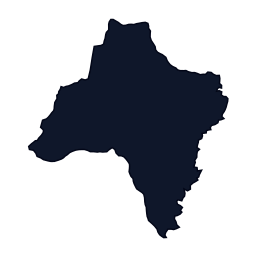 outline of Votuporanga, São Paulo, Brazil, rotated 273°
{"feature_id": "56859067B13648095605240", "entity_name": "Votuporanga", "entity_type": "district", "adm_level": 2, "iso_a3": "BRA", "parent_name": "Brazil", "parent_adm1": "São Paulo", "projection": "mercator", "projection_center": [-50.002, -20.446], "detail": "fine", "context": "isolated", "style": "filled", "palette": "ink", "viewbox_px": 256, "rotation_deg": 273, "n_neighbors": 0, "source": "geoboundaries", "source_scale": "gbopen_adm2", "svg_char_len": 3027}
<svg xmlns="http://www.w3.org/2000/svg" viewBox="0 0 256 256"><g transform="rotate(273 128 128)"><path d="M124.1,40.7L121.7,43.6L119.3,43.7L116.3,42.0L113.1,39.3L110.8,38.2L110.4,36.1L108.7,34.3L107.2,32.5L104.4,29.8L101.4,30.7L100.8,34.8L97.9,37.4L94.9,38.7L93.6,42.5L92.0,45.2L91.0,50.0L90.6,52.9L90.9,56.3L92.2,59.9L93.6,63.2L94.9,65.1L96.7,66.7L98.2,68.8L100.4,71.0L101.8,73.6L103.2,76.9L103.9,80.1L104.2,83.2L104.3,85.6L103.5,89.0L102.4,91.6L102.6,94.7L102.4,98.7L102.9,101.1L102.7,103.9L103.2,108.1L104.9,109.7L107.6,113.2L105.9,116.0L102.3,117.5L99.8,120.3L100.0,122.6L99.1,125.3L97.3,127.3L94.8,129.5L92.3,131.3L90.1,131.6L87.4,131.6L84.4,131.4L82.1,132.4L79.8,133.6L77.8,135.7L75.2,136.1L72.8,137.0L69.7,138.7L67.7,139.9L65.6,143.3L64.3,145.5L62.7,147.2L59.4,148.2L55.1,148.7L52.3,149.3L50.0,150.4L46.4,150.8L43.8,151.2L40.7,151.8L38.7,152.7L36.7,153.4L33.6,157.3L31.5,159.7L28.6,162.3L25.6,163.4L23.1,165.2L21.7,167.2L20.4,169.4L20.7,171.9L22.9,170.4L25.7,171.1L29.1,173.2L29.3,176.5L29.0,178.9L30.0,181.5L31.6,184.4L33.8,181.8L37.1,180.7L39.5,179.1L42.5,179.3L43.2,181.8L44.8,184.6L46.8,186.2L48.5,184.6L51.5,186.5L53.2,184.3L54.4,181.4L57.2,180.4L58.9,181.6L58.1,185.5L61.1,186.6L62.8,188.0L65.7,188.3L70.1,187.1L68.4,190.7L70.2,193.5L74.0,193.2L76.4,195.6L78.3,198.6L79.7,200.5L81.5,199.3L82.9,201.2L85.0,201.6L87.0,202.5L89.7,203.7L88.8,199.6L92.1,199.0L92.4,195.9L94.9,196.3L97.1,197.0L99.2,196.3L102.4,198.2L105.4,198.1L108.3,198.4L110.5,200.5L112.1,197.9L114.9,198.3L117.2,198.9L119.6,199.0L121.3,202.1L124.0,202.8L126.5,202.2L127.2,206.3L129.4,206.4L130.3,208.6L130.7,210.8L132.6,210.1L134.9,211.2L136.0,214.6L138.0,217.5L140.6,218.0L141.1,220.4L142.4,223.3L144.4,221.1L147.0,221.6L149.2,223.0L151.1,223.9L154.1,224.9L157.2,225.5L159.7,226.1L162.5,226.2L164.5,224.2L164.4,221.9L165.9,219.4L169.0,219.7L170.0,217.1L169.4,214.6L171.8,215.2L173.3,216.6L172.8,219.3L175.5,219.2L177.3,217.0L179.5,217.1L182.3,217.1L185.3,216.4L185.0,213.4L186.0,210.6L187.8,208.2L188.0,204.8L185.6,202.6L185.6,200.3L185.0,197.3L186.1,194.3L186.8,191.7L186.6,188.8L187.3,185.4L188.4,182.8L188.1,180.4L188.0,176.8L188.7,174.4L190.4,172.7L191.7,169.4L193.5,166.6L195.5,164.9L197.2,163.6L200.5,162.1L203.1,158.3L203.9,156.2L205.2,153.5L207.4,151.5L210.7,150.8L213.2,149.1L216.6,146.6L220.0,145.3L223.2,145.2L226.0,145.3L228.7,143.3L230.9,143.2L233.5,142.4L234.4,139.7L233.9,136.6L233.1,133.4L232.6,131.1L231.6,128.5L231.7,126.2L231.5,123.4L230.4,120.3L230.1,117.6L231.1,115.3L232.9,112.8L234.4,109.8L235.6,107.5L235.5,105.2L232.9,103.7L230.6,103.3L227.5,103.5L224.9,103.6L222.4,101.5L220.3,100.9L216.3,100.5L213.5,99.7L210.5,99.3L209.0,96.8L207.7,90.0L196.4,88.6L192.3,88.2L183.8,87.3L175.0,85.7L173.7,82.7L174.5,79.1L172.4,76.8L170.6,75.6L170.0,72.2L168.5,69.8L166.9,66.5L166.3,64.0L165.1,61.6L165.8,59.0L163.2,58.4L160.8,57.0L158.4,56.8L157.0,55.2L153.6,55.6L149.7,53.6L145.9,53.3L143.4,53.3L141.4,52.9L139.1,51.0L136.9,49.6L134.5,47.8L132.8,46.1L131.3,42.3L124.1,40.7Z" fill="#0f172a" stroke="#020617" stroke-width="1.5"/></g></svg>